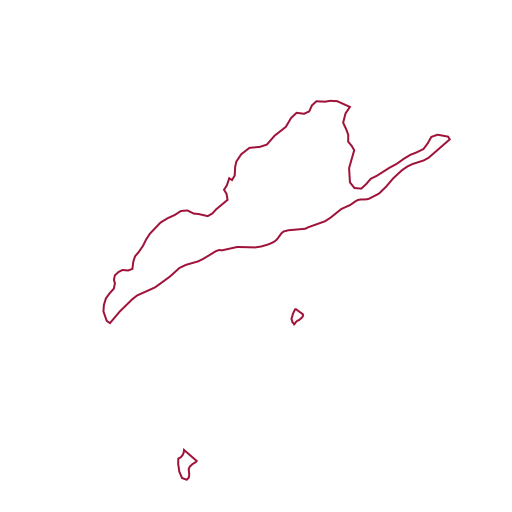 the County of Taitung, rotated 41°
{"feature_id": "TWN-1177", "entity_name": "Taitung", "entity_type": "County", "adm_level": 1, "iso_a3": "TWN", "parent_name": "Taiwan", "parent_adm1": "", "projection": "equal_earth", "projection_center": [121.163, 22.723], "detail": "fine", "context": "isolated", "style": "outline", "palette": "rose", "viewbox_px": 512, "rotation_deg": 41, "n_neighbors": 0, "source": "natural_earth", "source_scale": "10m", "svg_char_len": 2028}
<svg xmlns="http://www.w3.org/2000/svg" viewBox="0 0 512 512"><g transform="rotate(41 256 256)"><path d="M325.7,40.9L321.8,68.7L319.9,73.8L313.9,83.7L311.6,88.9L309.9,95.3L308.6,107.4L308.7,118.1L307.9,128.2L303.7,138.7L302.0,141.0L297.9,144.7L296.1,147.0L295.2,149.4L293.7,155.5L289.6,164.4L287.1,178.2L285.3,184.5L276.5,200.1L275.4,203.0L263.5,215.4L260.7,219.5L260.3,222.3L260.9,228.9L260.7,231.9L259.6,235.2L257.8,239.0L253.7,245.4L249.7,250.1L235.9,261.5L226.6,274.1L224.4,275.5L222.6,278.5L218.1,292.7L215.8,298.1L208.9,308.7L206.1,315.1L204.5,328.1L200.4,345.9L192.2,363.7L191.0,369.8L189.6,386.9L189.8,402.5L185.9,402.9L177.2,397.9L173.3,392.7L170.5,386.4L170.0,379.9L170.1,373.8L167.4,369.1L164.5,367.3L162.2,363.2L162.7,358.3L164.4,354.2L169.0,350.8L171.2,346.8L167.1,340.8L164.9,335.5L164.9,329.8L164.0,322.3L162.3,315.8L161.3,308.9L162.0,293.3L164.6,285.3L167.8,278.3L169.8,271.3L174.4,266.6L181.0,264.9L185.1,262.0L193.4,257.6L195.2,252.4L195.3,246.9L197.7,232.3L193.0,228.4L188.4,227.0L187.7,221.9L184.8,214.9L188.1,214.4L187.1,209.2L181.8,202.4L179.2,197.6L178.1,188.9L180.1,178.7L187.4,171.0L191.1,164.8L191.1,153.0L193.8,139.1L191.9,128.6L192.7,121.3L199.0,117.1L201.3,111.9L199.4,105.6L200.1,99.6L206.8,94.3L210.2,90.2L215.7,85.9L229.1,81.9L230.0,89.6L234.3,98.2L241.0,101.2L246.2,104.1L250.5,109.2L255.9,110.1L260.7,111.7L268.6,128.6L278.6,138.8L285.7,140.1L291.2,136.1L292.0,129.6L291.9,122.5L294.6,116.1L298.7,102.2L301.8,94.0L303.9,85.2L306.2,78.2L309.1,72.7L312.2,65.5L311.7,58.3L310.2,51.1L313.5,45.3L322.7,39.9L325.7,40.9ZM345.0,461.0L349.0,464.7L350.7,467.4L350.5,470.3L345.8,472.1L339.5,469.0L333.6,463.9L330.3,459.9L331.3,457.1L331.2,454.3L330.4,451.8L328.9,449.6L345.7,449.6L345.7,451.5L345.2,452.6L344.5,455.2L344.2,458.3L345.0,461.0ZM321.7,275.1L320.5,270.6L320.9,270.0L329.6,269.2L330.5,269.9L331.1,271.9L330.5,276.1L329.7,277.8L329.4,279.6L329.7,281.3L329.6,282.5L329.0,282.2L327.5,282.2L326.7,282.0L326.3,281.4L324.1,280.3L321.7,275.1Z" fill="none" stroke="#9f1239" stroke-width="2"/></g></svg>